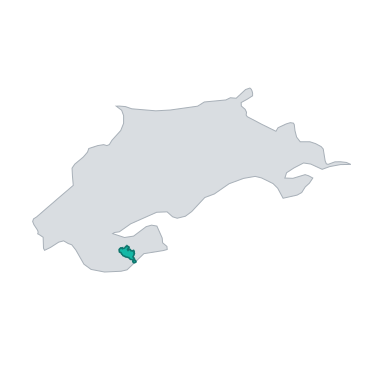 Hojancha, Guanacaste, Costa Rica shown in context, rotated 297°
{"feature_id": "36466004B12403637236294", "entity_name": "Hojancha", "entity_type": "district", "adm_level": 2, "iso_a3": "CRI", "parent_name": "Costa Rica", "parent_adm1": "Guanacaste", "projection": "natural_earth1", "projection_center": [-85.409, 9.974], "detail": "fine", "context": "in_parent", "style": "filled", "palette": "teal", "viewbox_px": 384, "rotation_deg": 297, "n_neighbors": 0, "source": "geoboundaries", "source_scale": "gbopen_adm2", "svg_char_len": 5059}
<svg xmlns="http://www.w3.org/2000/svg" viewBox="0 0 384 384"><g transform="rotate(297 192 192)"><path d="M310.9,196.4L310.5,198.0L309.3,199.6L307.5,201.2L305.2,202.3L299.6,199.0L294.0,195.2L291.0,196.9L289.8,201.8L287.8,204.4L285.2,205.3L284.2,207.0L284.0,223.6L284.2,239.2L288.4,239.5L295.4,245.0L298.4,248.1L299.4,251.1L298.5,252.5L293.4,255.9L288.4,260.3L285.9,265.6L290.3,274.3L291.2,280.2L291.1,286.4L289.9,289.4L280.2,296.5L278.1,298.9L278.4,300.7L283.7,305.6L286.3,310.4L288.4,316.1L288.7,321.0L283.8,311.8L277.1,303.1L271.3,297.7L270.8,285.1L268.5,278.2L259.7,271.9L252.1,267.5L246.6,268.4L250.0,275.7L258.8,284.9L259.4,288.5L259.3,293.3L253.2,292.6L247.9,290.6L241.3,290.0L237.0,287.1L227.8,276.0L234.3,266.6L236.3,260.4L236.1,247.5L234.6,241.2L227.5,231.7L216.2,221.3L200.4,212.8L192.9,205.9L174.4,200.6L167.4,197.1L161.9,190.7L161.1,186.0L163.0,178.8L157.9,169.7L135.8,151.8L123.5,145.3L120.8,141.4L118.9,140.2L120.8,152.5L126.2,160.0L140.3,166.9L144.1,171.0L145.7,176.2L137.5,186.3L133.4,188.9L132.1,194.4L129.5,196.0L126.7,192.9L115.2,177.1L93.2,169.5L89.2,164.8L81.0,150.4L77.2,137.2L78.6,128.5L87.6,114.8L90.4,108.8L89.9,105.2L90.2,99.8L86.8,96.0L78.4,91.1L73.1,87.1L74.5,85.2L84.1,79.9L84.7,75.1L84.7,73.5L86.3,73.2L87.7,71.9L88.5,70.6L91.1,66.0L93.4,63.4L96.1,63.0L99.3,64.9L111.4,69.8L124.9,75.3L144.0,83.2L152.0,78.2L158.8,74.3L163.6,74.9L173.9,79.3L180.1,80.8L183.9,80.3L190.5,86.9L194.1,91.8L194.7,95.1L196.7,96.8L201.8,97.2L214.4,100.6L222.1,99.9L229.0,96.4L232.9,92.2L234.1,85.5L235.8,88.8L237.9,94.0L238.8,100.6L247.9,122.9L255.1,135.3L271.0,158.0L277.8,162.1L289.4,180.4L293.4,183.4L295.6,188.8L307.6,193.2L310.9,196.4Z" fill="#d9dde1" stroke="#a8b0b8" stroke-width="1"/><path d="M104.5,169.7L104.4,169.9L104.3,170.1L104.3,170.3L104.2,170.5L103.9,170.8L103.7,170.9L103.5,170.7L103.4,170.7L103.2,170.7L103.0,170.9L102.9,171.1L102.9,171.3L102.7,171.4L102.6,171.5L102.4,171.8L102.4,172.0L102.6,172.2L102.9,172.2L103.0,172.4L103.0,172.5L103.0,172.8L102.9,172.8L102.9,173.1L103.1,173.2L103.3,173.3L103.5,173.4L103.6,173.5L103.8,173.7L104.0,173.7L104.1,173.8L104.3,173.9L104.5,173.8L104.7,173.6L104.7,173.4L104.8,173.3L104.8,173.2L105.0,173.1L105.2,172.9L105.3,172.8L105.3,172.6L105.2,172.5L105.2,172.4L105.3,172.4L105.3,172.2L105.2,172.0L105.2,171.8L105.2,171.7L105.5,171.7L105.5,171.4L105.7,171.2L105.8,171.1L105.8,170.8L106.1,170.8L106.3,170.9L106.4,170.6L106.5,170.5L106.5,170.4L106.5,170.1L106.6,169.9L106.9,169.9L107.1,169.9L107.1,169.2L107.3,169.0L107.4,168.8L107.5,168.8L107.9,168.8L108.0,168.8L108.3,168.8L108.5,168.8L108.8,168.9L109.2,168.7L109.4,168.7L109.5,168.7L109.6,168.9L109.8,168.9L110.0,168.7L110.5,168.7L110.8,168.7L111.0,168.7L111.2,168.4L111.3,168.4L111.4,168.2L111.6,168.1L111.8,168.0L111.7,167.8L111.8,167.8L112.0,167.9L112.3,167.7L112.5,167.5L112.7,167.4L112.8,167.4L112.8,167.2L113.0,167.1L113.1,166.9L113.3,166.8L113.3,166.7L113.5,166.6L113.5,166.3L113.4,166.2L113.1,166.1L112.8,166.1L112.7,166.0L112.3,165.7L112.4,165.4L112.4,165.1L112.2,164.9L112.2,164.6L111.9,164.4L111.9,164.2L112.1,164.1L112.2,163.9L112.2,163.7L112.3,163.7L112.5,163.3L112.7,163.1L112.8,163.1L112.8,162.7L112.7,162.4L112.7,161.9L112.4,161.6L112.1,161.6L111.9,161.6L111.6,161.8L111.5,161.7L111.4,161.7L111.2,161.4L110.9,161.4L111.0,161.2L111.3,160.8L111.4,160.7L111.6,160.5L111.8,160.6L112.0,160.5L112.3,160.6L112.5,160.7L112.6,160.8L112.8,160.8L113.1,160.8L113.3,160.8L113.5,160.9L113.8,160.7L114.0,161.0L114.1,160.9L114.2,161.0L114.3,161.0L114.4,160.9L114.3,160.7L114.4,160.3L114.5,160.1L114.5,159.8L114.4,159.7L114.5,159.4L114.5,159.2L114.3,159.2L114.2,159.1L114.3,159.0L114.3,158.9L114.5,158.8L114.6,158.7L114.7,158.4L114.0,158.3L113.9,158.1L113.5,158.1L113.5,157.9L113.3,157.9L113.2,157.8L112.9,157.7L112.6,157.5L111.8,157.5L111.6,157.5L111.4,157.4L111.0,157.0L110.9,157.0L110.7,156.7L110.5,156.4L110.4,156.2L110.2,156.0L110.0,155.9L109.9,155.8L110.0,155.7L110.3,155.7L110.5,155.5L110.7,155.4L110.4,155.2L110.3,154.9L110.0,154.7L109.9,154.6L110.1,154.5L110.2,154.4L110.1,154.2L109.9,154.1L109.8,153.8L109.7,153.8L109.6,153.7L109.2,153.7L108.9,153.4L108.7,153.4L108.4,153.3L108.1,153.3L107.9,153.4L107.7,153.3L107.7,153.2L107.4,153.2L107.2,153.3L107.1,153.5L106.8,153.8L106.7,153.9L106.4,153.9L106.0,154.3L105.7,154.4L105.6,154.5L105.5,155.3L105.8,155.6L105.8,156.1L105.7,156.2L105.7,156.3L105.5,156.5L105.4,156.7L105.3,156.9L105.0,157.0L104.9,157.2L104.8,157.4L104.7,157.6L104.6,157.8L104.7,158.0L104.7,158.3L104.6,158.5L104.3,158.8L104.2,158.9L104.1,159.0L103.9,159.5L103.9,159.8L104.0,159.9L104.0,160.0L104.1,160.3L104.1,160.5L104.0,160.8L104.2,161.1L104.3,161.3L104.3,161.5L104.2,161.6L104.0,161.9L104.0,162.0L103.9,162.1L104.0,162.3L104.1,162.6L104.1,162.9L104.2,163.0L104.3,163.1L104.4,163.3L104.4,163.7L104.5,163.8L104.6,164.0L104.6,164.3L104.6,164.8L104.7,165.0L104.7,165.3L104.9,165.5L104.7,165.8L104.6,166.0L104.4,166.3L104.4,166.5L104.4,166.8L104.3,167.0L104.2,167.1L104.1,167.4L104.0,167.5L104.0,167.9L104.1,168.0L104.3,168.3L104.4,169.0L104.6,169.4L104.5,169.7Z" fill="#14b8a6" stroke="#0f766e" stroke-width="1.5"/></g></svg>